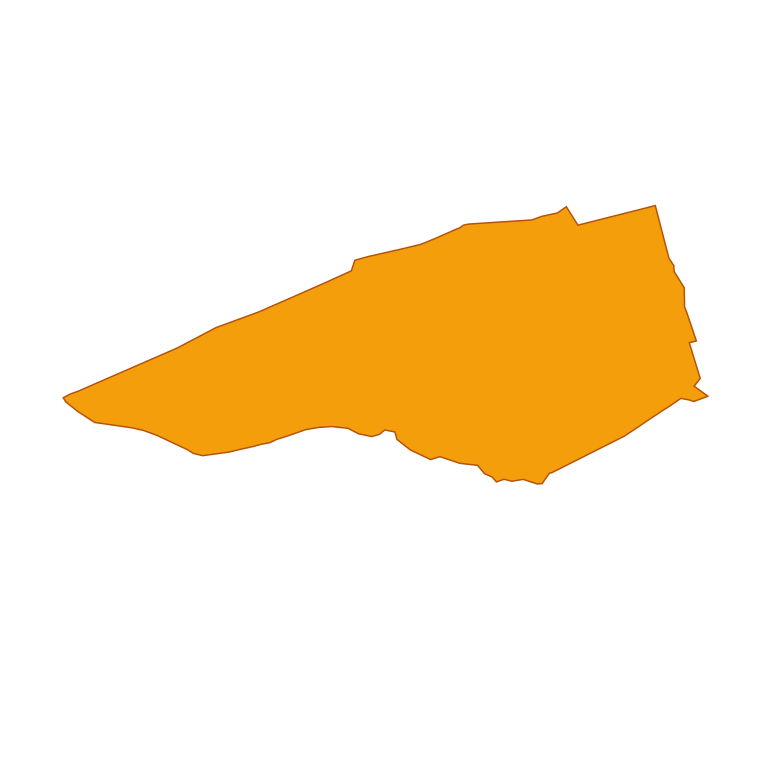 Dededo, Guam (Albers equal-area conic projection), rotated 256°
{"feature_id": "77769853B76375240183470", "entity_name": "Dededo", "entity_type": "district", "adm_level": 2, "iso_a3": "GUM", "parent_name": "Guam", "parent_adm1": "", "projection": "albers", "projection_center": [144.841, 13.576], "detail": "fine", "context": "isolated", "style": "filled", "palette": "amber", "viewbox_px": 768, "rotation_deg": 256, "n_neighbors": 0, "source": "geoboundaries", "source_scale": "gbopen_adm2", "svg_char_len": 1315}
<svg xmlns="http://www.w3.org/2000/svg" viewBox="0 0 768 768"><g transform="rotate(256 384 384)"><path d="M350.2,697.5L380.0,695.1L386.1,694.3L404.8,698.6L422.6,692.8L426.7,693.3L428.5,693.9L437.2,690.9L491.5,690.4L491.2,610.6L511.9,603.8L508.0,593.5L508.5,577.6L507.4,567.1L514.2,529.7L518.7,504.8L518.9,499.7L517.0,494.4L516.9,492.5L512.6,467.3L510.6,453.7L510.6,449.8L510.8,431.9L511.5,400.0L511.1,385.6L501.7,379.7L495.3,344.6L484.2,279.6L479.4,234.8L469.0,192.2L450.9,84.7L450.2,77.5L448.3,69.4L443.5,71.0L431.1,80.5L430.0,81.5L429.5,82.0L416.7,93.9L402.4,129.0L396.8,139.9L389.0,151.4L367.7,177.5L362.8,182.2L358.3,190.8L355.4,217.7L355.4,228.0L355.0,241.8L355.2,250.0L354.7,259.4L356.2,266.3L356.8,276.7L358.5,295.3L358.7,296.7L357.7,309.9L355.4,322.9L349.8,338.2L341.9,347.2L336.0,359.4L336.2,367.3L339.2,373.6L334.8,383.0L327.1,383.2L313.4,393.8L307.0,401.7L299.4,411.0L300.0,420.6L290.8,435.1L288.8,438.1L282.4,455.2L272.8,459.7L267.7,466.3L261.8,469.4L262.3,474.9L262.5,477.5L259.3,483.5L258.7,484.6L257.8,496.0L250.0,508.4L249.1,513.3L257.5,523.0L257.4,525.5L275.2,604.3L280.9,620.5L285.0,631.4L285.1,631.8L292.1,651.6L292.1,652.0L298.2,668.6L294.6,676.5L292.1,680.3L293.6,694.3L293.8,695.3L306.8,684.4L312.9,692.2L350.2,690.2L350.2,697.5Z" fill="#f59e0b" stroke="#b45309" stroke-width="1.5"/></g></svg>